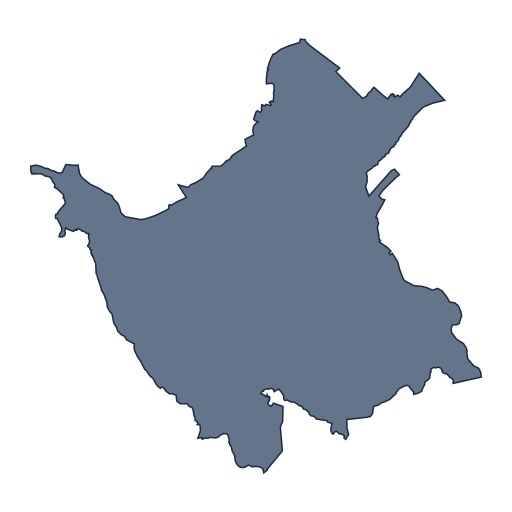 Popesti, Bihor, Romania (Mercator projection)
{"feature_id": "2599482B55919517820584", "entity_name": "Popesti", "entity_type": "district", "adm_level": 2, "iso_a3": "ROU", "parent_name": "Romania", "parent_adm1": "Bihor", "projection": "mercator", "projection_center": [22.402, 47.209], "detail": "fine", "context": "isolated", "style": "filled", "palette": "slate", "viewbox_px": 512, "rotation_deg": 0, "n_neighbors": 0, "source": "geoboundaries", "source_scale": "gbopen_adm2", "svg_char_len": 5993}
<svg xmlns="http://www.w3.org/2000/svg" viewBox="0 0 512 512"><path d="M340.7,433.8L344.1,435.3L344.1,438.2L345.7,439.4L348.7,434.3L347.0,428.5L346.8,419.5L367.6,417.2L370.5,416.4L372.5,413.5L373.7,406.3L377.9,405.3L381.5,402.7L383.9,402.2L389.8,399.4L395.9,393.8L396.1,392.6L398.7,389.2L403.1,386.6L406.9,385.3L408.8,385.9L410.5,388.7L412.5,390.6L413.5,392.3L413.7,394.3L417.4,393.5L421.7,391.3L423.4,386.4L424.3,385.6L424.9,383.5L424.5,382.1L428.1,380.0L429.8,377.9L429.7,376.0L430.2,375.1L429.9,373.2L431.0,372.0L430.8,369.3L433.7,367.3L435.2,367.9L438.5,367.2L440.8,368.2L441.8,369.5L442.4,372.2L443.6,373.2L447.2,374.1L449.8,377.4L452.0,378.4L453.3,380.3L453.0,383.4L481.3,377.1L480.6,372.0L478.6,368.2L473.7,365.9L467.8,358.9L466.9,353.3L467.1,351.2L466.8,349.7L465.9,347.3L463.4,343.5L456.8,339.5L451.8,332.9L451.2,330.0L451.3,328.3L452.1,325.6L452.7,324.9L456.6,324.7L459.1,323.6L461.7,315.3L460.6,311.0L458.5,306.1L455.0,303.0L449.5,301.9L447.5,298.1L442.3,291.0L437.5,288.4L432.5,290.2L427.6,288.0L422.2,286.4L413.9,285.6L405.8,281.4L403.8,279.8L402.7,277.5L399.8,269.9L397.7,261.8L397.2,260.9L392.3,253.4L390.3,254.6L389.0,253.0L391.0,251.3L387.8,247.8L379.2,241.8L380.5,240.6L378.9,238.6L378.7,234.3L377.3,227.4L378.5,223.5L377.9,221.8L377.5,218.5L376.9,217.7L375.9,217.5L377.1,213.6L381.7,205.9L384.8,199.8L382.0,199.0L378.8,196.2L383.2,190.0L395.7,177.7L399.4,174.8L394.5,169.2L391.4,170.5L368.9,196.1L365.6,187.0L367.2,181.4L367.0,177.7L367.3,177.0L366.3,172.7L367.8,171.0L372.1,168.1L373.8,166.0L374.8,166.1L375.9,164.9L377.5,164.8L378.3,162.0L379.2,160.8L380.7,160.0L383.1,157.3L384.7,156.6L385.5,155.6L385.3,154.9L387.2,153.4L388.4,153.3L390.5,148.7L394.2,146.0L394.5,144.8L395.7,144.0L395.6,143.4L396.0,142.8L398.4,140.1L398.8,139.4L398.8,138.2L400.9,135.9L402.1,133.3L408.8,125.7L409.7,122.9L410.6,122.5L411.3,120.4L412.7,118.8L412.9,117.7L414.7,115.6L422.3,107.9L424.4,106.5L433.2,103.0L444.7,100.3L419.2,73.2L410.2,87.3L403.6,92.9L400.1,96.8L397.7,95.2L394.8,97.2L393.8,96.2L394.5,95.2L394.2,94.8L392.6,93.8L391.8,94.7L391.1,94.2L387.7,98.9L382.7,95.1L374.0,87.3L372.3,88.7L371.5,90.5L368.5,93.0L366.4,96.4L362.6,98.4L335.8,71.6L339.7,68.1L309.5,45.3L305.6,41.3L305.3,39.7L300.4,39.1L299.7,42.1L299.2,42.6L288.8,45.9L280.6,49.4L275.2,53.6L273.1,54.2L270.8,58.8L268.7,64.4L267.9,67.9L267.3,68.7L268.4,69.9L267.3,70.7L266.4,78.7L266.4,83.8L270.7,83.3L273.3,83.7L274.0,85.4L274.1,89.2L273.5,93.3L273.8,96.0L273.1,101.6L271.8,101.1L271.7,101.6L270.0,101.5L269.3,102.7L270.6,103.8L271.3,105.0L270.7,105.6L265.9,104.4L264.7,105.9L261.8,104.7L261.4,108.5L261.7,109.6L261.3,111.2L260.0,112.5L257.6,110.7L255.9,112.2L253.7,119.1L255.2,120.7L258.1,121.9L255.0,124.3L253.5,126.4L252.8,130.9L253.6,134.9L245.1,139.3L245.3,142.0L246.4,146.1L232.3,155.4L229.4,159.7L226.8,160.5L222.7,164.7L220.2,166.2L212.2,166.2L211.2,167.8L211.6,168.7L210.5,168.8L206.5,173.2L203.4,177.9L196.2,182.4L190.6,184.8L188.8,187.1L186.2,187.0L178.3,184.8L186.3,197.5L176.7,201.9L171.2,205.3L169.9,204.7L169.1,205.0L168.7,205.6L169.0,207.9L168.1,209.1L165.9,210.4L155.3,215.5L146.4,218.6L140.9,219.6L125.1,216.7L122.1,214.0L120.7,212.1L119.4,207.0L117.9,203.5L113.6,198.9L112.1,195.9L108.8,193.9L105.4,192.8L99.9,188.8L90.2,184.2L82.2,177.8L79.2,173.1L79.5,173.0L79.1,171.9L79.2,170.5L78.5,168.4L78.2,165.1L74.4,165.3L65.9,164.5L62.3,172.3L60.4,173.1L57.9,172.9L54.0,170.9L52.1,170.8L47.6,168.4L45.2,168.3L40.4,166.2L35.9,165.1L30.8,166.1L30.7,170.8L32.1,174.3L34.6,173.4L34.7,173.9L40.7,173.7L43.2,174.7L44.7,175.9L49.8,177.0L51.9,179.5L52.6,181.7L55.0,184.5L54.4,187.2L57.7,189.3L63.6,194.8L63.3,197.8L63.8,197.5L65.5,203.1L59.2,210.6L58.0,212.3L57.6,213.8L55.8,214.3L55.4,216.2L55.7,218.4L57.3,218.7L61.7,227.6L61.9,230.4L60.0,233.6L59.2,235.8L59.2,236.8L62.2,237.0L63.5,235.7L64.5,235.8L65.1,234.4L65.3,232.9L64.6,231.7L65.8,227.8L67.9,229.4L73.7,231.4L74.5,230.3L76.8,230.2L76.4,229.3L78.3,228.8L81.0,230.0L81.7,231.0L84.1,231.5L87.1,233.7L88.8,233.6L88.5,237.3L89.7,241.4L89.0,243.1L89.2,243.7L87.7,245.5L87.9,246.3L89.5,247.6L90.0,248.3L89.9,249.1L90.7,249.7L90.9,250.7L91.4,250.8L90.9,253.0L91.7,253.6L91.6,254.0L92.2,254.6L91.8,255.0L92.3,255.2L92.9,257.0L93.7,258.1L94.3,260.5L95.7,263.5L96.2,273.8L96.8,274.3L97.8,278.1L101.0,287.5L101.6,290.5L103.9,294.1L106.8,302.1L107.4,307.2L109.6,311.3L112.0,314.0L113.8,323.2L116.6,327.5L117.7,331.1L121.5,334.9L124.4,336.2L126.6,339.9L134.3,343.8L134.1,347.8L134.5,350.4L138.0,357.5L140.8,361.5L144.9,369.6L146.3,370.4L149.7,375.7L152.9,378.3L156.6,384.9L158.2,386.7L160.4,388.3L162.2,387.1L163.3,387.5L165.9,391.1L169.4,393.8L171.8,393.7L175.7,394.9L176.2,395.8L176.6,400.3L177.2,401.6L180.6,403.8L186.9,403.8L187.8,404.3L189.3,406.6L191.9,407.2L193.1,409.9L194.0,415.6L195.2,418.2L195.1,420.3L197.7,422.5L198.1,423.2L197.2,424.5L199.9,425.1L200.3,426.2L200.3,431.1L197.8,438.3L201.7,437.4L201.9,439.0L202.7,439.2L205.2,437.9L207.9,438.3L209.3,437.4L215.8,437.9L218.2,437.1L220.9,434.7L224.0,433.5L226.6,433.9L227.9,434.9L229.2,439.8L228.9,442.3L230.2,445.4L231.4,447.1L232.1,450.8L234.7,455.7L235.1,460.3L236.7,464.0L238.9,466.4L240.2,467.2L242.8,467.6L244.6,467.3L248.5,465.0L252.3,466.9L254.8,466.4L258.8,466.7L262.6,468.3L263.8,472.9L267.3,470.0L267.4,468.9L282.4,450.9L280.4,427.9L280.6,426.3L282.7,421.2L283.0,406.4L273.4,403.2L271.4,406.1L269.7,405.6L268.4,404.4L267.7,402.8L269.1,401.2L269.6,399.6L269.8,397.3L269.4,396.6L268.3,397.5L267.0,394.5L266.4,396.3L264.5,395.7L264.4,395.2L261.7,393.8L260.9,393.9L260.9,392.6L261.4,391.9L263.5,391.1L263.3,390.1L267.5,388.6L268.4,389.2L270.4,388.5L271.9,388.6L273.3,389.3L274.2,391.7L278.4,389.0L280.7,391.2L283.5,395.5L284.0,399.6L285.1,400.5L287.0,400.0L291.5,402.2L293.6,401.9L297.1,403.9L299.4,405.8L301.7,406.3L303.7,409.2L306.1,409.6L307.2,411.3L308.6,411.8L309.4,414.4L311.2,415.8L314.0,416.3L316.5,419.0L327.2,420.7L327.6,422.1L332.0,423.5L331.0,427.7L330.9,430.7L332.3,433.9L333.5,434.0L334.7,431.9L336.9,431.4L339.2,433.9L340.7,433.8Z" fill="#64748b" stroke="#1e293b" stroke-width="1.5"/></svg>